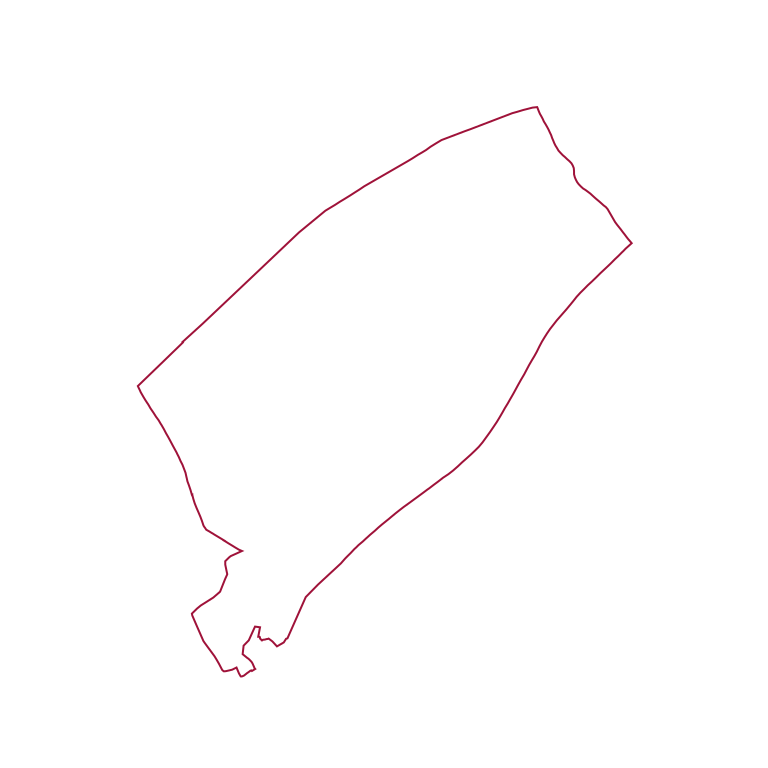 Rada', Al Bayda', Yemen, rotated 240°
{"feature_id": "15242507B79074936513769", "entity_name": "Rada'", "entity_type": "district", "adm_level": 2, "iso_a3": "YEM", "parent_name": "Yemen", "parent_adm1": "Al Bayda'", "projection": "natural_earth1", "projection_center": [44.883, 14.33], "detail": "fine", "context": "isolated", "style": "outline", "palette": "rose", "viewbox_px": 768, "rotation_deg": 240, "n_neighbors": 0, "source": "geoboundaries", "source_scale": "gbopen_adm2", "svg_char_len": 4424}
<svg xmlns="http://www.w3.org/2000/svg" viewBox="0 0 768 768"><g transform="rotate(240 384 384)"><path d="M344.3,158.6L344.0,158.8L340.8,160.5L340.6,160.7L340.0,161.0L338.6,161.7L331.4,165.7L328.3,167.4L328.3,167.2L327.2,167.8L326.5,168.2L324.2,169.4L319.1,172.2L317.2,173.2L313.1,175.5L310.4,177.5L310.5,176.5L311.0,171.1L311.6,165.2L311.3,163.2L309.9,157.9L306.9,156.2L301.5,154.4L297.8,153.2L297.6,153.1L297.2,152.6L294.4,148.7L286.1,138.2L284.4,129.4L283.8,114.6L283.0,109.8L281.2,102.8L279.3,102.2L268.9,101.0L251.7,99.1L249.2,99.3L233.0,101.1L229.1,101.2L225.9,101.2L225.5,101.2L224.3,101.2L217.2,100.9L215.8,101.4L215.4,101.5L215.1,101.9L214.4,103.4L213.5,106.3L212.5,109.7L212.2,114.5L205.9,113.7L203.3,113.7L202.4,113.7L201.8,114.7L201.5,116.7L201.6,117.9L201.7,118.3L201.9,119.8L202.1,121.0L202.1,121.4L202.2,122.5L202.3,123.5L202.5,124.9L202.3,125.9L201.5,126.1L201.6,130.0L202.7,129.8L204.0,130.0L207.6,130.4L209.2,130.4L210.7,130.1L213.1,129.5L213.6,129.3L214.4,129.0L214.8,128.8L214.9,128.7L220.7,126.5L227.6,131.6L229.6,138.7L238.4,151.0L235.3,155.0L229.6,150.1L228.6,149.2L228.0,148.7L227.5,149.5L227.2,149.9L226.7,149.9L225.9,149.5L225.3,149.5L224.7,149.5L224.4,149.7L224.1,149.9L223.4,150.0L223.1,149.9L222.9,150.1L223.0,151.3L222.8,151.8L222.2,153.1L221.8,154.8L221.5,155.4L221.3,156.1L221.2,156.8L217.0,158.6L216.2,158.8L210.3,160.1L210.3,168.0L212.3,171.8L212.2,172.3L212.0,173.2L238.6,209.7L243.3,226.6L250.2,257.0L251.6,261.1L252.3,263.2L253.1,266.1L254.3,270.7L255.9,275.9L256.4,278.3L257.1,280.8L257.3,281.7L258.2,286.9L259.3,291.6L259.5,292.7L260.4,296.7L261.4,302.4L261.5,302.9L262.5,307.3L263.4,312.2L264.4,318.6L264.7,320.6L265.2,323.3L265.3,323.9L266.2,329.2L267.0,334.6L267.7,339.8L268.2,344.9L268.9,351.3L269.6,357.8L270.4,364.9L270.9,368.9L271.0,370.5L271.8,376.6L272.4,381.8L273.3,388.2L273.7,394.7L274.5,400.5L275.8,407.0L277.1,412.4L278.2,417.9L279.5,424.0L280.9,429.8L282.2,434.7L284.2,440.2L286.7,445.8L289.3,451.6L292.1,457.4L294.7,462.7L297.4,467.6L300.2,472.5L302.6,476.5L305.3,481.5L307.9,485.9L308.4,486.8L310.9,491.1L313.4,495.2L315.8,499.1L319.2,504.8L322.3,510.3L324.9,514.4L327.9,519.2L330.6,523.9L333.1,528.4L335.5,532.4L338.8,537.3L341.8,542.1L344.1,546.3L346.3,550.5L348.7,555.5L350.7,560.5L352.7,565.4L354.3,570.1L355.9,574.8L357.5,579.5L359.1,583.8L359.3,584.4L361.2,589.4L363.2,594.4L364.9,599.8L366.2,604.8L367.6,609.8L368.7,614.8L370.2,620.9L371.8,626.9L373.3,633.4L374.9,640.1L376.6,646.3L377.7,651.0L379.1,656.1L379.4,657.5L380.4,660.9L382.1,668.9L385.0,668.4L387.5,667.9L390.4,667.5L393.1,667.2L395.8,666.8L399.2,666.4L402.6,665.9L405.2,665.5L408.7,665.1L409.3,665.1L411.4,665.1L414.7,665.1L417.5,665.1L420.5,665.1L423.6,665.1L426.3,664.6L428.9,663.5L431.7,662.6L434.4,661.7L438.2,660.3L440.6,659.5L443.1,658.7L445.7,657.9L448.3,656.8L451.3,655.5L453.7,654.2L456.5,653.3L459.7,652.5L462.3,652.2L464.8,652.3L467.5,652.6L470.5,653.4L473.5,655.1L476.1,656.3L478.8,656.7L481.4,656.7L484.3,656.0L487.2,655.0L490.0,654.2L492.8,653.2L496.1,652.4L498.9,651.8L502.0,651.8L504.8,651.7L507.7,651.9L510.4,652.3L513.0,652.6L516.0,653.2L518.9,653.4L522.0,653.7L524.9,653.8L528.6,653.8L531.4,653.7L534.2,654.0L536.9,654.1L539.9,654.1L542.5,654.4L545.2,654.8L546.3,655.0L547.2,655.1L549.1,650.8L550.4,646.1L551.7,641.5L553.1,635.5L554.4,630.5L561.5,586.0L562.5,580.5L566.5,555.8L566.5,555.3L566.4,549.4L566.2,542.9L565.6,537.4L565.5,532.6L565.5,527.9L565.2,521.6L565.1,516.2L565.1,510.9L565.1,506.1L565.1,500.1L565.1,494.5L565.1,488.1L565.1,483.3L565.1,476.9L565.1,470.9L565.1,465.7L564.7,460.1L564.5,455.1L564.2,449.0L564.0,442.3L563.9,436.8L563.6,431.2L563.5,424.8L563.4,419.9L557.8,386.3L542.8,323.8L526.9,257.1L521.1,230.4L520.8,230.4L520.5,230.5L519.6,227.0L516.7,215.4L514.7,207.5L514.6,207.1L507.4,178.2L505.3,169.8L503.2,169.6L501.4,169.5L498.5,169.2L496.6,169.2L492.9,169.2L488.6,169.3L487.7,169.4L486.8,169.4L484.4,169.6L479.6,169.6L474.4,170.0L469.6,170.2L465.2,170.7L461.2,170.7L460.0,170.8L454.9,170.8L450.4,170.6L446.5,170.6L446.2,170.6L441.9,170.5L436.6,170.3L432.4,170.2L428.0,170.1L427.4,170.0L423.4,169.8L419.1,169.3L414.9,169.1L410.5,168.4L406.3,167.7L402.2,166.4L401.1,166.1L398.0,165.1L393.8,164.4L388.8,163.4L384.4,162.3L383.9,162.2L383.9,162.6L383.7,162.5L379.8,161.4L375.3,160.4L370.4,159.7L365.9,159.2L360.9,158.6L356.6,157.9L351.7,156.9L351.1,156.9L350.4,156.9L348.8,157.1L346.7,157.2L344.3,158.6Z" fill="none" stroke="#9f1239" stroke-width="2"/></g></svg>